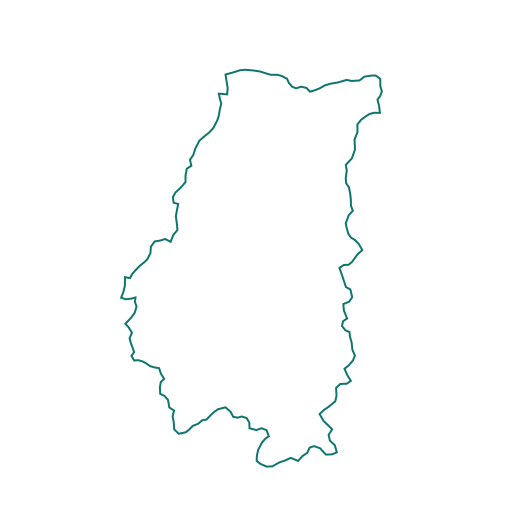 the district of Ribeirão Grande, São Paulo, Brazil, rotated 13°
{"feature_id": "56859067B45987470635802", "entity_name": "Ribeirão Grande", "entity_type": "district", "adm_level": 2, "iso_a3": "BRA", "parent_name": "Brazil", "parent_adm1": "São Paulo", "projection": "albers", "projection_center": [-48.356, -24.183], "detail": "fine", "context": "isolated", "style": "outline", "palette": "teal", "viewbox_px": 512, "rotation_deg": 13, "n_neighbors": 0, "source": "geoboundaries", "source_scale": "gbopen_adm2", "svg_char_len": 2812}
<svg xmlns="http://www.w3.org/2000/svg" viewBox="0 0 512 512"><g transform="rotate(13 256 256)"><path d="M170.6,254.5L169.6,261.4L163.7,259.9L158.6,262.8L154.1,264.5L151.5,270.5L152.5,277.0L150.8,283.7L148.4,287.4L145.0,291.7L141.8,297.0L139.5,301.2L138.2,305.9L133.1,306.1L134.9,314.4L134.9,320.6L134.0,327.0L138.9,327.4L143.9,325.7L147.9,323.5L148.4,328.0L151.0,332.2L150.6,338.6L148.2,344.2L144.0,351.5L148.0,354.2L152.4,358.7L151.3,364.6L153.8,369.2L158.9,377.0L157.1,381.3L160.8,385.2L164.9,384.0L169.7,384.3L173.7,385.5L177.5,387.1L181.7,387.4L186.8,387.1L189.8,392.0L194.1,396.4L191.6,400.3L191.9,405.7L193.7,411.9L198.3,412.9L202.7,416.1L205.6,423.1L210.9,425.0L210.8,430.8L213.4,436.9L215.3,443.3L220.7,446.6L227.3,443.5L230.3,439.6L232.6,435.7L237.4,432.5L240.5,428.2L244.6,426.5L247.6,421.3L250.1,417.6L253.4,413.9L260.3,410.3L266.4,413.6L270.0,417.9L274.6,417.6L278.2,415.6L283.3,416.0L287.0,419.9L288.4,425.3L295.5,425.5L300.1,422.6L305.4,423.3L309.0,428.7L306.1,432.1L303.8,436.4L301.7,444.4L301.8,450.6L302.8,455.6L307.2,457.6L313.8,458.8L319.2,457.3L325.4,451.7L329.5,449.3L335.3,444.9L343.1,446.2L346.3,440.4L350.1,436.5L351.4,430.6L355.4,428.2L361.6,428.9L368.8,433.8L374.9,432.1L378.9,429.1L375.3,422.6L369.5,419.2L367.0,413.9L369.2,407.7L358.9,401.5L353.5,395.7L357.0,390.5L360.6,386.7L365.9,379.8L365.9,374.1L363.7,366.5L367.0,361.7L373.2,360.0L376.5,356.3L371.6,351.4L367.6,345.9L370.8,342.0L373.9,336.1L374.8,330.8L371.0,325.7L368.7,318.9L365.6,313.3L364.2,309.1L359.7,308.2L355.5,304.8L355.5,300.0L358.8,296.4L353.9,289.3L351.9,283.2L357.0,279.6L359.0,274.5L355.5,267.4L350.6,266.0L347.4,260.7L343.6,254.5L340.0,248.8L343.7,244.9L348.1,243.8L350.8,240.3L352.6,236.1L354.6,231.5L358.2,226.3L353.8,221.5L348.7,218.1L344.4,216.7L340.9,213.5L338.5,209.1L336.1,204.1L337.2,195.3L340.2,190.2L337.2,185.7L335.8,180.0L334.0,174.7L331.2,168.3L327.4,164.7L325.9,159.8L325.2,152.1L323.0,147.0L327.5,139.2L328.5,129.9L325.8,120.3L327.0,112.5L325.2,104.9L327.8,99.6L330.9,96.0L334.5,92.2L338.8,89.9L344.5,88.7L342.1,81.9L339.2,76.3L341.1,72.0L341.6,67.3L339.0,62.7L337.2,55.4L331.9,53.2L327.4,54.4L321.2,56.9L317.3,61.7L309.9,63.9L304.6,64.1L296.6,68.6L290.2,71.2L284.8,74.2L280.2,78.4L275.8,81.4L271.6,83.8L267.5,80.9L261.8,80.9L257.3,83.6L253.1,82.9L249.2,80.1L246.3,76.3L240.6,74.8L236.2,74.6L229.7,76.1L225.6,75.9L218.8,75.3L211.9,75.8L203.5,77.0L198.4,78.7L193.5,81.7L185.5,86.0L187.3,90.7L190.6,98.7L191.5,105.0L183.3,106.2L185.1,110.3L187.8,115.2L187.8,122.3L188.2,127.6L187.8,132.4L185.7,140.7L182.4,146.5L178.9,150.8L174.9,156.4L172.7,164.9L172.1,171.9L170.0,177.1L172.7,182.6L168.9,186.5L169.2,193.4L170.7,199.7L167.6,205.8L163.2,212.3L161.8,217.4L163.8,222.6L168.5,222.8L168.6,228.1L169.0,235.4L171.3,241.4L173.6,248.2L170.6,254.5Z" fill="none" stroke="#0f766e" stroke-width="2"/></g></svg>